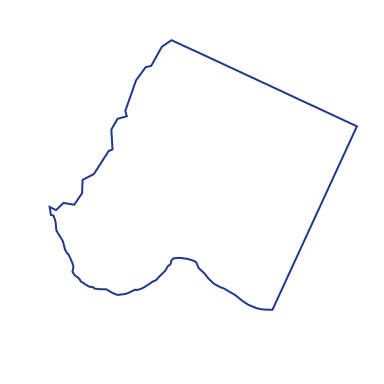 the district of Bon Homme, South Dakota, United States of America, rotated 25°
{"feature_id": "52423323B58231594942255", "entity_name": "Bon Homme", "entity_type": "district", "adm_level": 2, "iso_a3": "USA", "parent_name": "United States of America", "parent_adm1": "South Dakota", "projection": "mercator", "projection_center": [-97.963, 42.966], "detail": "fine", "context": "isolated", "style": "outline", "palette": "blue", "viewbox_px": 384, "rotation_deg": 25, "n_neighbors": 0, "source": "geoboundaries", "source_scale": "gbopen_adm2", "svg_char_len": 1217}
<svg xmlns="http://www.w3.org/2000/svg" viewBox="0 0 384 384"><g transform="rotate(25 192 192)"><path d="M109.2,63.1L103.3,73.1L101.7,94.9L97.2,98.6L94.1,114.6L97.3,146.7L100.9,150.9L93.6,157.1L92.5,169.5L101.9,186.9L99.1,190.3L95.5,217.2L87.7,227.3L92.9,239.5L90.6,253.3L80.2,256.2L76.4,265.9L69.3,265.7L73.9,272.5L76.2,271.9L76.7,272.1L80.9,276.6L85.1,283.8L85.8,284.5L95.0,290.6L96.4,291.9L101.1,297.7L104.2,300.0L106.6,300.9L113.7,307.0L115.8,309.3L116.6,311.3L117.3,314.6L118.8,315.8L121.1,317.1L124.3,317.6L125.6,318.0L127.8,319.0L128.8,320.0L137.1,321.1L139.0,321.2L142.4,320.0L143.9,320.6L144.9,320.6L148.6,319.4L155.5,316.4L162.8,317.1L166.7,316.9L168.3,316.6L174.5,312.7L176.3,311.1L181.6,304.7L184.2,303.7L187.4,300.5L189.3,298.0L194.2,289.9L196.2,287.7L196.9,286.4L198.7,280.7L201.0,274.9L201.4,269.6L202.9,267.0L202.9,265.4L202.4,263.9L202.3,262.8L203.1,260.1L207.6,257.4L211.2,256.0L217.1,254.3L222.2,253.7L224.9,253.7L226.1,254.5L230.2,258.1L235.9,260.0L237.5,260.5L243.5,263.5L250.0,265.7L254.5,266.2L259.6,266.2L261.2,265.9L275.1,267.2L284.2,269.5L290.9,270.4L299.4,270.0L304.3,269.0L309.4,267.1L314.7,264.7L313.7,62.8L149.3,62.9L109.2,63.1Z" fill="none" stroke="#1e3a8a" stroke-width="2"/></g></svg>